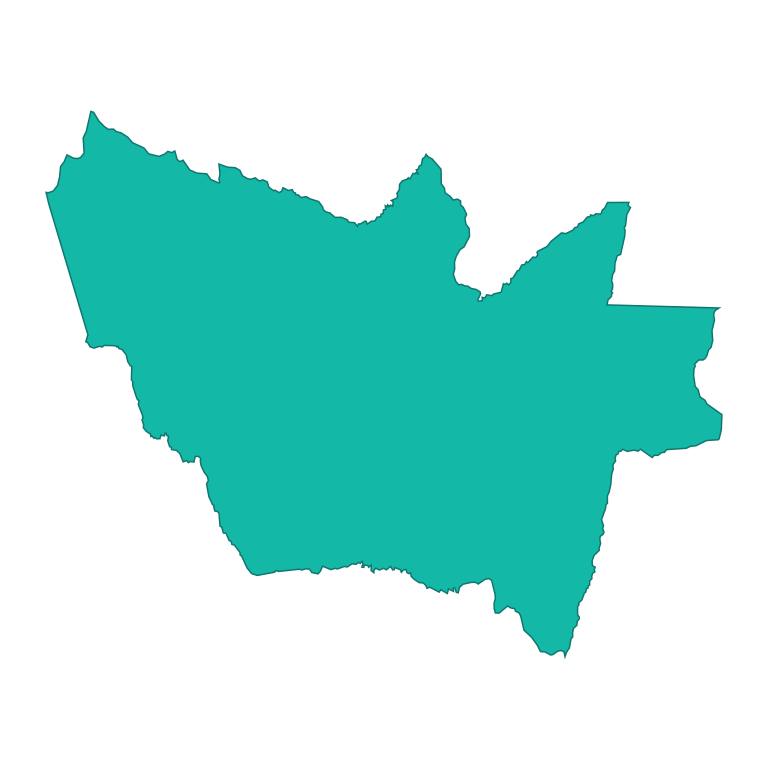 Chinchipe, Zamora Chinchipe, Ecuador (Equal Earth projection)
{"feature_id": "8360857B7366793693817", "entity_name": "Chinchipe", "entity_type": "district", "adm_level": 2, "iso_a3": "ECU", "parent_name": "Ecuador", "parent_adm1": "Zamora Chinchipe", "projection": "equal_earth", "projection_center": [-79.177, -4.854], "detail": "fine", "context": "isolated", "style": "filled", "palette": "teal", "viewbox_px": 768, "rotation_deg": 0, "n_neighbors": 0, "source": "geoboundaries", "source_scale": "gbopen_adm2", "svg_char_len": 6096}
<svg xmlns="http://www.w3.org/2000/svg" viewBox="0 0 768 768"><path d="M719.0,308.0L607.0,304.9L608.0,300.0L611.5,296.3L611.5,294.6L612.5,292.9L611.0,291.0L612.4,289.3L612.6,287.4L612.7,283.8L611.6,280.8L612.6,274.7L614.6,271.0L615.0,263.1L617.2,255.8L620.6,254.4L624.7,236.1L625.1,230.4L624.2,228.2L625.6,225.2L626.8,214.5L630.5,207.6L627.9,205.3L628.9,202.4L607.6,202.5L604.4,208.5L602.5,209.8L600.8,214.2L595.8,213.7L593.7,215.7L590.7,214.9L590.0,216.7L587.4,217.0L583.0,222.1L578.8,223.8L577.4,227.1L575.0,227.5L572.9,230.1L565.9,233.6L561.5,232.9L551.0,241.4L547.1,246.5L537.7,251.3L537.0,252.4L537.8,255.0L535.6,257.6L533.0,257.0L527.9,262.6L526.4,261.6L524.7,264.6L521.7,265.0L519.2,270.2L517.3,270.9L512.9,278.0L510.9,278.6L510.8,282.5L508.8,284.8L506.8,283.2L505.2,284.4L503.4,283.7L501.2,292.2L493.6,294.0L491.8,295.7L486.8,294.8L484.7,298.1L482.2,297.3L482.3,300.8L478.4,301.1L477.7,300.1L480.6,293.8L480.0,291.8L476.2,289.5L470.9,288.3L467.9,286.1L465.0,286.0L461.8,284.4L458.7,284.8L455.8,281.4L453.3,274.3L454.7,269.0L454.5,262.0L456.2,256.4L459.8,249.9L464.1,246.8L469.5,236.5L469.2,228.5L466.0,224.4L464.9,218.4L466.6,214.3L463.3,207.4L460.7,205.0L460.5,200.9L457.5,199.1L453.2,200.0L450.0,196.2L445.1,192.8L444.4,188.1L441.3,184.0L441.0,169.2L432.2,159.0L428.0,156.7L426.1,154.3L424.8,157.1L422.6,158.7L421.3,165.0L419.1,166.2L418.3,169.1L416.3,169.8L418.0,173.7L416.0,172.6L414.7,173.8L413.0,173.4L409.9,179.0L408.3,177.7L407.4,179.0L402.2,181.0L399.6,184.3L399.3,189.6L396.8,193.7L397.5,194.8L397.2,198.0L391.3,200.5L393.2,201.8L392.6,206.3L390.4,205.1L389.6,206.3L387.8,205.0L387.9,206.8L385.3,205.6L385.7,209.4L383.5,209.8L383.1,213.6L381.1,214.1L380.7,216.7L377.0,217.2L374.9,221.0L371.3,221.2L367.3,224.2L366.2,221.5L365.1,221.1L360.3,224.0L358.5,223.9L357.5,226.3L354.6,222.7L348.6,222.2L347.4,219.8L341.1,217.3L335.0,217.4L330.0,213.0L325.9,211.9L323.2,209.5L322.5,206.8L318.7,201.6L310.2,198.9L306.4,196.7L300.7,197.5L298.5,195.0L295.6,194.7L295.5,193.0L293.7,192.5L292.3,189.7L288.3,190.5L283.0,187.7L281.6,191.3L279.2,192.6L275.0,190.2L273.5,190.7L269.0,187.3L267.2,181.8L262.9,179.9L259.1,181.0L255.3,177.8L250.8,179.3L247.4,178.6L242.5,175.8L239.9,170.4L235.2,167.7L227.6,167.2L218.9,164.1L220.0,173.9L218.9,179.3L219.9,182.5L218.5,182.8L210.9,179.6L206.7,173.8L196.9,173.1L189.8,170.0L183.0,160.2L179.9,161.7L177.2,159.6L174.8,151.0L171.8,152.6L167.8,151.4L164.6,154.1L159.0,156.4L148.6,153.8L144.1,148.1L132.5,142.7L127.8,137.2L121.0,132.8L116.3,131.6L113.4,129.1L108.2,129.3L104.1,126.4L98.7,120.8L93.6,112.3L90.9,111.4L86.3,131.4L83.2,137.9L84.1,153.1L80.4,157.7L77.3,158.6L73.3,158.1L67.0,154.9L64.2,161.7L60.6,166.5L59.6,177.0L57.6,185.3L53.2,191.1L48.4,192.7L46.1,192.4L48.7,203.6L87.9,334.7L85.8,341.8L87.5,342.4L90.2,346.8L94.1,348.1L99.3,346.3L102.2,347.0L104.2,345.4L113.8,345.7L116.3,346.0L117.0,347.1L118.3,346.5L118.9,348.5L121.9,349.4L126.2,354.7L127.8,361.6L130.3,365.8L131.8,366.5L131.4,379.8L132.7,381.3L132.8,385.8L136.0,396.0L137.4,399.5L139.1,400.8L138.3,404.5L142.4,415.0L143.0,418.2L142.0,419.8L143.6,424.7L143.4,427.8L146.0,431.1L150.6,434.3L150.8,436.5L152.0,436.1L153.9,438.2L154.9,437.5L156.5,438.8L159.9,438.7L161.0,435.1L164.4,435.9L165.1,433.2L166.0,433.1L167.0,435.7L168.6,436.4L167.7,440.5L169.6,446.6L171.3,447.3L171.6,449.6L176.4,450.3L179.9,453.7L183.2,461.9L186.8,460.5L188.3,462.6L190.5,461.5L193.9,462.1L195.2,456.5L198.3,456.3L200.6,458.3L200.3,461.1L201.1,465.6L204.1,472.1L207.2,476.2L208.4,480.4L206.6,484.0L208.9,496.7L212.5,504.5L214.1,505.6L213.8,507.3L214.8,511.0L217.5,511.5L219.0,513.3L220.0,526.1L221.8,527.2L223.4,533.0L226.1,533.3L229.1,540.5L231.2,541.3L231.8,544.3L234.5,545.2L240.0,552.5L240.1,554.9L241.7,556.2L247.2,568.1L251.6,573.6L257.2,575.4L274.6,572.2L275.7,570.6L279.0,571.4L299.2,569.2L302.1,570.0L305.3,568.8L309.5,569.2L311.8,572.5L318.0,573.9L320.4,571.1L322.6,566.2L330.9,569.6L335.3,568.3L337.4,569.0L344.2,566.5L347.3,567.0L352.1,563.8L356.0,564.3L358.6,562.4L360.2,563.4L362.1,561.4L363.0,563.7L361.8,567.1L363.8,567.4L364.3,565.2L365.2,565.1L367.8,565.5L368.7,567.2L371.2,565.1L371.2,570.6L373.8,572.7L374.0,570.0L375.9,568.3L379.4,570.0L383.4,568.3L386.5,569.8L390.6,566.4L392.7,569.9L394.1,569.8L395.1,567.6L400.4,569.8L401.4,572.3L403.3,570.0L406.0,569.5L407.0,572.7L408.8,573.6L410.5,572.9L411.2,576.4L414.2,579.3L419.1,582.6L423.3,583.0L425.8,585.4L427.0,588.3L429.8,587.2L439.2,592.1L440.8,589.7L447.3,593.5L448.5,589.0L453.5,591.4L453.2,588.2L454.7,587.9L456.3,592.3L458.2,592.8L459.5,587.3L463.0,584.2L471.7,582.3L475.7,582.4L478.2,584.0L484.9,579.4L489.0,578.5L491.7,580.5L495.0,594.1L495.4,598.1L494.1,603.1L494.2,608.5L495.4,613.0L499.1,613.1L507.6,606.0L510.7,607.9L514.7,608.6L515.5,611.2L519.0,612.9L520.6,615.6L524.0,630.2L531.7,637.4L537.3,645.2L540.5,651.6L544.9,651.9L550.7,655.0L553.0,654.5L557.8,651.1L561.3,650.5L564.0,651.8L565.0,656.6L566.4,652.5L569.4,647.9L571.0,638.9L572.7,637.0L572.6,632.7L573.5,628.4L576.8,625.3L577.2,621.4L579.2,618.9L579.2,616.9L577.6,615.0L577.6,606.6L579.0,604.8L578.8,602.7L581.8,600.1L584.4,593.0L585.7,592.2L586.5,588.5L587.9,588.1L588.2,586.3L589.7,584.9L589.6,581.0L591.9,578.7L591.7,576.2L592.8,573.0L594.9,571.9L594.3,569.8L595.2,567.1L593.1,566.2L592.2,564.2L592.2,560.5L594.1,555.3L599.2,550.4L599.1,548.1L600.6,543.5L599.8,539.2L600.2,536.4L603.1,534.3L604.0,532.1L602.6,528.3L603.5,525.7L601.5,519.7L605.5,508.6L606.0,504.6L607.4,503.3L607.4,495.8L609.1,492.2L610.8,484.2L611.7,473.8L613.2,469.4L612.9,464.7L615.6,461.0L615.0,458.6L616.1,454.8L617.8,454.1L619.0,451.3L620.8,451.2L622.9,449.3L627.3,451.4L633.9,450.1L638.0,451.1L640.5,449.2L652.2,457.5L654.2,455.3L658.0,455.3L661.6,452.6L664.5,452.3L666.6,449.6L686.2,448.3L690.2,446.4L696.0,445.7L706.6,440.5L718.4,439.7L719.2,438.6L721.3,429.8L721.9,414.6L707.0,404.1L705.0,400.3L700.0,396.9L698.1,389.7L695.2,386.5L693.6,375.5L694.0,369.1L695.2,366.1L694.7,364.0L698.8,360.0L702.8,360.0L704.9,358.7L706.8,355.9L708.5,350.1L711.1,347.2L712.7,340.6L712.0,330.6L714.5,320.0L713.7,315.3L714.1,312.5L715.5,310.2L719.0,308.0Z" fill="#14b8a6" stroke="#0f766e" stroke-width="1.5"/></svg>